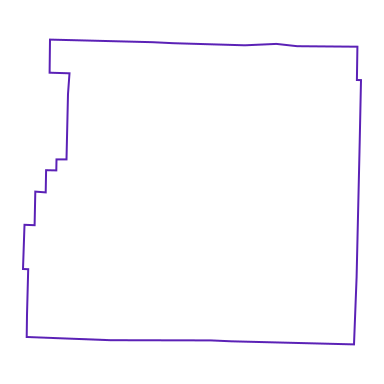 Newton, Arkansas, United States of America (Equal Earth projection)
{"feature_id": "52423323B24705008980857", "entity_name": "Newton", "entity_type": "district", "adm_level": 2, "iso_a3": "USA", "parent_name": "United States of America", "parent_adm1": "Arkansas", "projection": "equal_earth", "projection_center": [-93.303, 35.925], "detail": "fine", "context": "isolated", "style": "outline", "palette": "violet", "viewbox_px": 384, "rotation_deg": 0, "n_neighbors": 0, "source": "geoboundaries", "source_scale": "gbopen_adm2", "svg_char_len": 491}
<svg xmlns="http://www.w3.org/2000/svg" viewBox="0 0 384 384"><path d="M27.0,314.8L26.7,337.0L110.5,340.2L210.7,340.4L231.2,341.3L354.0,344.4L356.6,277.1L359.7,142.3L361.0,80.1L356.9,80.0L357.4,47.1L357.4,46.7L297.2,46.2L276.4,43.9L244.9,45.3L173.2,43.2L152.7,42.2L70.1,40.1L50.0,39.6L49.6,72.7L69.5,73.3L68.0,94.0L66.5,159.4L56.5,159.4L56.3,170.4L46.1,170.2L45.7,192.4L35.3,191.6L34.6,225.2L24.5,224.8L23.0,269.0L28.2,269.2L27.0,314.8Z" fill="none" stroke="#5b21b6" stroke-width="2"/></svg>